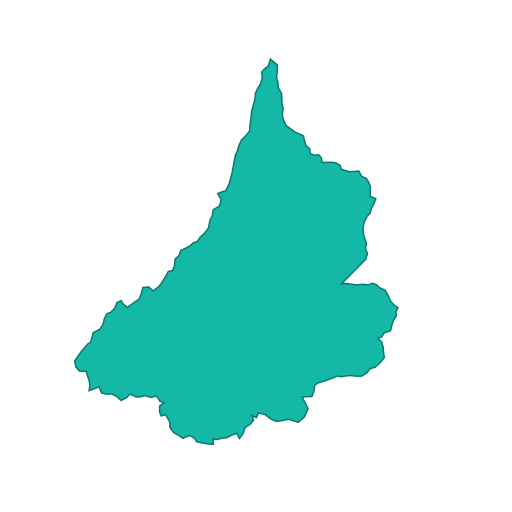 Mandirituba, Paraná, Brazil, rotated 14°
{"feature_id": "56859067B10797338801993", "entity_name": "Mandirituba", "entity_type": "district", "adm_level": 2, "iso_a3": "BRA", "parent_name": "Brazil", "parent_adm1": "Paraná", "projection": "mercator", "projection_center": [-49.327, -25.815], "detail": "fine", "context": "isolated", "style": "filled", "palette": "teal", "viewbox_px": 512, "rotation_deg": 14, "n_neighbors": 0, "source": "geoboundaries", "source_scale": "gbopen_adm2", "svg_char_len": 2902}
<svg xmlns="http://www.w3.org/2000/svg" viewBox="0 0 512 512"><g transform="rotate(14 256 256)"><path d="M284.1,437.1L286.4,431.2L287.0,424.9L291.0,420.8L293.4,415.9L290.7,411.7L295.6,412.8L296.3,407.7L302.9,407.6L309.7,410.5L315.7,411.6L321.2,409.4L327.0,406.5L337.1,407.2L341.8,400.7L343.5,391.7L339.4,386.7L334.8,381.7L344.3,378.7L344.9,373.7L344.3,366.9L347.4,363.8L355.6,358.8L360.2,355.6L364.2,352.7L368.0,352.6L372.1,350.6L376.8,349.1L382.0,348.4L387.6,347.0L391.9,342.5L394.0,337.8L398.5,335.1L402.2,329.5L405.1,323.6L403.2,319.1L401.3,313.3L398.8,309.2L394.1,306.1L397.6,304.0L398.9,299.7L404.7,296.0L404.5,291.0L404.9,285.6L406.6,280.3L405.3,276.5L406.3,271.8L401.6,270.1L397.2,266.9L393.3,261.9L389.5,257.9L383.5,256.9L379.7,254.6L375.4,254.3L372.5,256.7L365.8,257.8L360.5,259.8L354.4,260.4L349.7,260.9L345.7,262.3L363.2,232.7L363.6,226.8L360.5,222.6L360.1,217.1L355.2,209.4L352.8,202.0L353.0,196.1L354.3,190.5L356.5,186.4L356.4,181.7L357.9,176.3L358.3,171.3L352.4,170.6L350.2,160.9L347.1,156.8L344.1,153.9L339.5,153.4L335.2,148.7L329.7,150.6L326.1,151.7L321.6,151.4L318.1,151.3L315.7,147.8L310.9,146.3L305.7,146.9L297.7,149.3L295.4,144.7L292.4,142.6L288.5,144.0L284.2,143.7L282.0,138.9L277.6,136.7L275.3,132.5L272.8,127.9L268.7,127.1L264.1,126.4L259.0,124.3L253.6,122.1L250.6,118.4L247.6,113.5L246.6,106.4L244.0,100.9L242.9,96.7L241.4,92.0L236.9,87.4L235.1,81.8L232.8,78.1L232.0,71.9L230.7,65.7L226.6,63.6L222.3,61.4L222.1,68.3L218.8,72.8L217.0,76.2L219.0,81.5L218.8,87.7L217.0,93.2L216.1,98.2L216.9,103.1L217.0,108.1L216.7,116.3L217.5,121.3L218.4,129.3L219.6,136.1L217.0,141.9L213.9,146.7L212.6,153.4L212.6,158.3L211.6,162.9L211.9,168.8L212.2,173.6L212.6,179.9L212.6,188.2L212.4,193.0L210.9,199.9L207.2,202.1L203.8,204.7L208.7,209.9L208.3,216.6L203.3,221.5L203.8,228.0L202.7,232.7L203.1,240.4L200.2,247.0L197.3,251.1L195.5,256.3L192.0,258.2L189.7,261.9L186.1,265.2L181.7,268.8L181.1,274.2L178.3,278.3L179.2,285.4L178.6,290.2L174.7,292.2L173.2,297.7L172.0,302.0L169.1,309.2L164.6,314.8L159.4,312.0L153.9,313.9L153.7,320.6L153.0,326.1L148.7,330.9L143.6,337.0L139.1,334.9L135.9,332.0L132.4,334.8L131.6,340.5L128.7,345.8L125.3,348.0L124.0,353.5L124.1,359.3L122.1,364.9L116.5,369.9L116.6,374.6L116.4,379.6L113.8,382.4L112.0,386.3L109.7,390.6L108.3,394.3L105.4,401.8L108.1,407.2L112.4,410.3L119.1,409.1L121.6,413.2L124.2,417.1L126.1,421.7L126.6,427.1L130.6,424.3L135.6,420.8L139.1,426.2L144.7,426.2L149.3,424.7L154.3,425.8L160.2,428.8L164.9,424.5L167.1,420.4L173.6,421.7L178.0,420.6L182.3,418.2L188.1,418.7L193.4,415.9L197.9,420.2L202.3,420.7L198.8,424.7L200.1,430.5L202.7,434.2L206.6,431.8L209.5,434.7L212.6,438.2L213.9,443.1L218.8,447.2L224.1,448.7L229.3,450.6L232.0,448.1L235.5,446.3L240.4,447.8L243.5,450.6L248.0,450.5L255.3,449.9L260.2,448.9L258.6,444.1L263.3,443.1L267.6,440.7L271.1,439.7L275.9,435.7L280.2,432.7L284.1,437.1Z" fill="#14b8a6" stroke="#0f766e" stroke-width="1.5"/></g></svg>